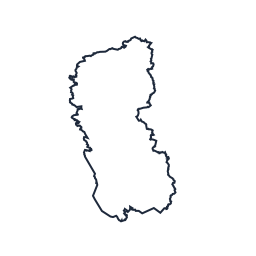 Claremorris Lea-6, Mayo, Ireland, rotated 304°
{"feature_id": "5873133B40533987579120", "entity_name": "Claremorris Lea-6", "entity_type": "district", "adm_level": 2, "iso_a3": "IRL", "parent_name": "Ireland", "parent_adm1": "Mayo", "projection": "mercator", "projection_center": [-9.004, 53.656], "detail": "fine", "context": "isolated", "style": "outline", "palette": "slate", "viewbox_px": 256, "rotation_deg": 304, "n_neighbors": 0, "source": "geoboundaries", "source_scale": "gbopen_adm2", "svg_char_len": 5851}
<svg xmlns="http://www.w3.org/2000/svg" viewBox="0 0 256 256"><g transform="rotate(304 128 128)"><path d="M179.0,124.6L178.9,124.3L179.5,123.7L180.2,123.8L180.6,123.0L181.4,122.7L181.6,121.6L183.1,120.4L183.1,119.6L183.4,119.2L183.2,118.7L184.4,117.5L184.3,117.2L184.7,116.7L184.8,115.7L185.1,115.4L185.3,114.2L186.2,113.2L186.2,112.5L186.6,112.4L187.0,111.4L188.3,111.7L188.5,113.0L189.8,113.5L190.1,114.4L190.6,114.4L190.8,114.8L191.9,113.9L193.1,114.3L195.0,113.7L195.7,112.8L194.6,111.1L195.4,110.8L195.8,109.5L197.2,109.5L198.2,108.3L198.8,108.5L202.5,107.1L202.6,106.3L203.2,105.6L204.1,105.3L204.6,105.6L205.6,104.7L206.6,104.7L206.7,103.9L206.4,103.8L206.1,100.2L206.2,99.4L207.3,99.9L207.9,99.4L211.4,99.7L211.0,98.7L211.3,98.5L210.6,97.0L209.6,95.6L210.7,94.5L211.1,93.1L209.1,93.1L208.6,91.5L207.8,90.8L208.3,90.4L207.7,89.8L207.7,89.5L208.9,88.0L207.8,86.8L207.9,85.5L207.4,84.1L207.6,82.8L204.0,80.6L202.3,80.9L200.8,79.9L199.6,79.9L199.3,79.7L199.5,79.1L198.4,78.4L198.3,77.8L198.5,77.3L197.5,76.4L196.1,76.1L195.1,76.5L193.9,78.0L194.5,78.5L194.7,79.2L194.6,79.3L195.0,80.3L194.0,80.5L192.4,79.9L192.2,78.2L191.7,77.4L190.4,77.6L189.2,77.0L188.3,76.1L187.2,75.8L185.3,71.3L185.5,70.9L185.4,70.3L183.6,69.4L183.5,68.9L183.0,68.4L180.1,67.4L178.6,66.5L175.4,62.1L173.9,60.8L173.6,60.1L171.1,59.0L171.2,58.2L170.6,57.6L169.3,58.2L167.8,57.2L166.8,57.0L166.6,55.9L164.8,54.0L163.9,52.7L163.2,52.3L162.7,52.5L161.3,51.3L161.0,51.6L160.7,53.3L159.6,54.7L155.9,51.2L152.3,50.3L151.2,50.8L151.1,51.2L151.3,52.5L150.8,52.3L150.3,51.4L148.5,52.1L146.7,52.0L145.9,52.7L145.1,54.5L144.4,54.9L142.8,55.0L142.5,55.5L142.5,56.0L141.7,56.4L141.5,55.9L140.6,55.6L140.4,55.2L140.8,55.1L140.2,54.7L140.1,54.3L140.2,53.9L139.4,53.6L139.6,53.4L138.9,52.6L139.3,52.2L139.0,51.7L139.1,51.2L138.8,50.7L138.5,50.7L138.1,51.2L136.9,51.2L136.5,52.2L136.5,52.7L136.8,53.0L136.7,53.9L136.4,54.1L136.7,54.7L137.4,54.6L138.0,55.9L135.8,57.2L135.7,58.1L136.1,58.6L136.6,60.0L136.4,60.8L135.3,61.4L134.6,60.6L134.8,60.3L134.4,59.5L132.7,59.4L132.2,58.8L129.1,57.6L128.9,59.0L128.5,59.6L127.3,59.8L126.5,60.6L125.8,60.8L126.1,62.2L125.6,63.0L124.3,63.0L124.4,64.3L123.6,64.4L122.1,65.9L121.3,65.4L119.6,63.7L118.0,64.6L117.3,65.6L116.8,65.7L116.9,68.0L116.3,68.6L116.8,69.8L116.6,69.9L116.9,71.4L116.6,73.6L119.9,77.2L118.6,78.0L117.9,78.9L117.3,77.5L116.4,77.0L116.5,76.7L115.5,75.7L114.4,76.4L111.5,77.0L111.2,78.8L110.9,78.9L108.4,76.0L106.4,75.2L105.4,75.3L105.1,76.2L105.3,77.1L105.1,77.9L105.5,78.4L105.6,79.4L104.8,79.6L105.9,81.3L105.8,81.9L105.2,82.1L105.8,83.3L105.7,83.8L105.2,83.9L105.4,84.2L104.2,84.2L103.9,82.7L103.5,82.3L102.7,82.9L102.4,82.5L101.7,83.1L101.8,84.1L101.4,84.9L102.0,85.3L102.3,86.0L103.0,86.6L102.7,88.8L102.0,89.3L101.0,88.8L100.0,89.1L100.3,89.9L100.3,91.7L100.0,92.4L100.3,94.0L98.9,96.2L97.2,99.9L96.7,98.0L95.9,96.7L94.6,97.2L93.6,98.2L93.6,100.9L93.0,101.6L93.0,102.2L91.9,103.1L91.8,103.5L91.6,103.4L91.6,104.4L91.4,104.7L89.6,104.8L90.0,106.9L90.4,107.5L89.8,108.5L90.1,109.1L89.6,109.8L89.2,110.1L87.9,109.2L88.1,108.4L87.6,108.2L87.3,108.6L86.6,106.6L86.1,106.3L86.3,105.7L85.8,104.6L83.0,105.2L82.2,106.4L81.5,106.6L81.1,107.7L80.3,108.2L71.6,126.2L69.1,126.8L68.8,128.0L67.9,128.8L67.5,130.3L66.2,131.6L64.9,132.3L65.3,132.6L64.4,133.6L63.6,134.4L52.2,136.9L50.3,140.4L44.6,152.8L44.8,163.0L45.8,165.4L48.6,167.3L48.3,168.7L47.2,170.5L46.6,172.2L46.8,173.0L46.7,174.3L47.1,174.7L47.7,174.6L47.4,174.9L49.4,176.5L50.4,176.6L50.4,177.2L53.4,177.0L54.0,176.0L54.7,176.1L55.2,175.5L54.4,174.7L54.9,172.9L55.2,173.1L55.3,172.6L55.7,172.5L56.4,172.6L57.3,170.7L58.4,171.0L59.1,170.7L59.1,173.2L58.9,173.6L58.2,173.5L58.3,174.8L61.0,175.3L62.8,174.7L63.9,173.8L64.0,176.3L62.9,175.9L62.9,176.8L62.7,176.9L63.0,178.0L64.3,179.6L63.6,180.7L65.3,183.3L65.2,187.5L76.1,194.2L75.8,202.2L81.8,203.0L82.7,204.3L82.2,205.1L82.6,205.5L83.7,205.5L84.0,204.8L84.6,204.3L85.4,204.9L87.0,204.1L87.5,204.3L87.9,205.2L89.4,205.7L89.8,205.3L91.2,204.9L91.1,203.8L91.9,203.4L92.6,202.4L94.5,202.1L95.4,201.2L96.1,201.2L96.4,201.7L97.3,202.0L98.3,201.9L99.4,203.1L101.1,203.4L102.5,201.3L103.8,201.4L104.3,200.4L104.2,199.9L104.8,199.1L105.2,198.0L105.7,197.6L106.0,196.3L107.7,196.0L108.5,197.1L110.1,196.5L110.2,195.1L110.9,194.3L110.9,193.6L111.2,193.1L111.0,189.7L111.5,188.8L111.5,187.7L111.9,187.2L112.4,187.2L114.5,185.0L116.1,184.7L116.2,184.3L116.9,184.2L117.1,183.8L117.5,183.8L118.0,183.3L118.8,183.4L120.3,182.4L121.1,180.4L121.2,179.1L122.6,178.7L124.2,178.7L124.2,178.4L124.4,178.6L124.7,178.4L124.8,178.7L125.4,179.0L126.0,178.4L125.9,178.0L126.4,177.6L125.5,176.8L125.8,176.4L125.7,175.9L126.2,175.1L126.8,174.9L126.9,174.3L127.5,174.3L127.6,173.6L128.6,172.3L127.7,172.1L127.3,169.8L126.6,169.7L126.1,168.7L124.8,168.4L124.5,168.0L125.2,166.9L124.4,166.2L124.5,165.4L123.9,161.9L123.4,161.7L124.5,160.0L125.1,159.7L126.0,159.7L127.6,160.6L127.7,160.1L129.1,160.2L133.2,158.6L132.6,155.7L131.8,153.7L131.0,153.3L131.0,152.7L133.1,152.4L134.6,151.0L134.9,151.0L135.3,151.1L136.1,152.7L136.7,153.1L137.4,150.6L138.2,150.6L138.7,150.0L139.8,149.8L139.8,149.0L139.6,148.9L139.7,147.9L139.0,146.5L138.6,146.2L138.7,145.3L138.2,145.0L137.8,144.1L140.2,141.7L141.1,141.2L141.4,140.4L141.2,139.4L141.6,137.7L141.1,135.9L142.0,134.0L141.1,134.1L140.1,132.9L142.0,128.6L143.1,129.2L144.1,129.2L146.2,128.5L147.8,127.1L148.2,126.0L149.2,125.9L149.3,126.3L150.2,126.4L150.5,127.1L153.5,129.5L155.7,132.2L156.6,132.5L156.8,133.4L159.5,134.2L160.1,132.8L160.2,132.0L161.0,131.4L160.7,130.7L159.8,129.8L160.0,129.6L161.9,130.0L164.2,129.8L164.8,129.3L165.8,129.3L166.4,128.6L167.5,128.8L167.9,128.1L168.3,128.1L169.3,129.0L170.3,128.9L171.2,129.6L172.3,129.8L174.2,129.6L174.5,128.9L175.3,128.3L175.3,127.7L175.7,127.8L176.1,127.1L177.1,126.6L178.2,125.3L178.6,125.3L178.5,125.1L179.0,124.6Z" fill="none" stroke="#1e293b" stroke-width="2"/></g></svg>